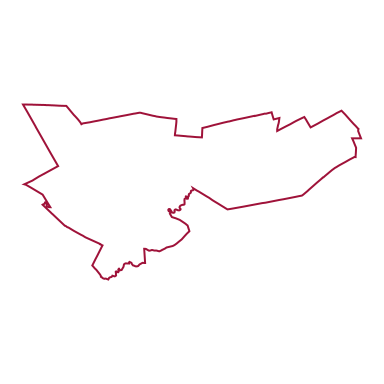 the district of Deta, Timis, Romania
{"feature_id": "2599482B38114576431815", "entity_name": "Deta", "entity_type": "district", "adm_level": 2, "iso_a3": "ROU", "parent_name": "Romania", "parent_adm1": "Timis", "projection": "natural_earth1", "projection_center": [21.242, 45.402], "detail": "fine", "context": "isolated", "style": "outline", "palette": "rose", "viewbox_px": 384, "rotation_deg": 0, "n_neighbors": 0, "source": "geoboundaries", "source_scale": "gbopen_adm2", "svg_char_len": 5959}
<svg xmlns="http://www.w3.org/2000/svg" viewBox="0 0 384 384"><path d="M301.9,195.6L303.3,194.6L307.7,190.9L308.6,190.0L309.4,189.3L311.9,187.1L317.0,182.6L318.9,181.0L321.1,179.1L322.6,177.7L322.7,177.8L323.2,177.3L323.6,177.2L324.7,176.2L330.9,171.0L332.6,169.6L333.1,169.3L334.8,168.0L336.2,167.2L336.3,167.2L337.5,166.4L339.3,165.3L343.5,163.0L345.0,162.2L349.9,159.4L352.8,157.9L354.4,157.0L355.6,157.1L355.6,156.2L355.9,152.1L356.1,148.1L356.1,147.8L355.8,147.0L354.8,144.6L353.6,141.6L352.1,138.3L357.3,138.3L361.0,138.3L359.7,135.0L358.6,132.2L358.3,131.4L358.2,131.2L358.2,130.8L358.2,130.4L358.2,129.7L358.3,129.3L358.5,129.0L357.3,127.8L355.9,126.2L353.6,123.9L350.5,120.5L347.5,117.1L345.3,114.6L341.5,110.7L338.3,112.3L336.8,113.0L335.0,114.1L333.1,115.2L329.9,116.9L327.4,118.3L323.4,120.4L319.9,122.4L317.8,123.6L316.1,124.5L312.7,126.3L311.4,127.0L310.6,127.4L307.2,121.7L306.0,119.6L304.3,117.0L300.9,118.6L296.0,121.0L293.8,122.2L290.1,124.3L285.9,126.4L281.1,128.9L277.2,131.0L277.2,129.2L277.8,126.4L278.0,125.3L278.2,124.7L278.4,124.1L278.8,122.4L279.4,118.0L275.8,118.9L273.7,119.4L272.5,115.5L271.6,112.3L271.3,112.4L269.0,112.9L266.0,113.7L264.3,113.7L263.4,114.0L260.7,114.6L255.7,115.8L254.8,116.0L254.7,115.8L252.2,116.3L251.8,116.4L244.9,117.9L242.0,118.5L237.0,119.5L235.0,120.0L233.5,120.3L232.1,120.7L229.0,121.5L228.5,121.5L226.4,122.0L223.3,122.7L218.6,123.9L216.2,124.5L214.5,124.9L207.5,126.8L204.6,127.5L202.4,128.0L202.2,131.5L202.1,133.9L202.0,135.9L201.9,137.4L196.3,137.1L190.5,136.6L187.3,136.4L185.8,136.2L181.1,135.8L177.8,135.5L174.9,135.3L175.0,133.6L175.3,131.8L176.2,123.9L176.4,121.8L176.4,119.0L174.3,118.8L171.0,118.4L167.3,118.0L164.7,117.6L160.4,117.1L156.3,116.5L155.4,116.2L152.7,115.7L146.9,114.3L142.2,113.2L140.8,112.8L139.5,112.7L134.7,113.6L134.2,113.6L131.7,114.1L126.2,115.2L122.9,115.8L119.7,116.4L118.4,116.7L117.2,116.9L116.2,117.1L113.0,117.7L111.3,118.0L109.6,118.3L109.4,118.3L107.9,118.7L105.5,119.2L103.1,119.6L100.8,120.1L97.9,120.7L94.6,121.3L92.6,121.7L89.8,122.3L88.4,122.5L82.9,123.4L81.4,124.2L80.8,123.1L80.4,122.5L79.5,121.3L77.9,119.3L76.2,117.4L74.8,115.9L73.9,115.0L70.3,110.7L68.1,108.0L67.0,106.7L66.6,106.2L66.3,105.9L61.9,105.8L59.3,105.7L55.6,105.5L54.1,105.4L51.2,105.3L50.0,105.2L46.3,105.1L45.9,105.1L45.7,105.0L40.9,104.9L37.1,104.8L33.1,104.7L32.2,104.6L30.5,104.6L29.3,104.6L29.1,104.6L28.7,104.6L28.4,104.6L26.0,104.5L24.3,104.5L23.0,104.5L23.8,105.9L27.3,111.9L35.8,126.9L35.8,127.1L36.7,128.6L42.1,138.1L48.1,148.7L51.0,153.8L58.1,166.1L45.5,173.0L39.2,176.4L34.3,179.4L32.4,180.6L24.3,184.3L26.0,184.8L30.9,187.6L42.6,194.6L43.1,195.4L49.0,205.1L50.3,207.2L49.6,207.2L48.7,207.1L47.8,206.8L47.4,206.6L47.1,206.4L46.9,206.0L46.7,205.6L46.7,205.4L46.7,205.1L46.7,204.6L46.7,204.1L46.6,203.5L46.3,202.8L45.9,202.4L45.2,202.3L44.9,202.6L44.8,203.0L44.8,203.3L44.6,203.7L44.3,203.9L43.9,204.1L43.6,204.2L42.9,204.5L42.6,204.7L51.2,212.9L51.7,213.5L52.3,213.9L57.8,219.1L64.9,225.8L65.3,225.8L65.9,226.1L67.0,227.0L67.5,227.3L68.1,227.4L68.4,227.5L72.3,229.9L74.3,231.1L81.4,235.0L82.7,235.6L84.9,237.0L85.6,237.4L100.2,244.0L100.1,244.3L102.5,245.4L99.4,251.5L97.5,255.3L95.6,258.9L92.3,265.5L93.3,266.6L94.8,268.4L96.3,269.8L100.1,274.6L100.8,275.8L100.9,276.8L101.5,277.0L102.0,277.4L102.4,277.9L103.4,278.5L104.6,278.8L105.1,278.6L105.6,278.6L106.1,278.7L108.3,279.5L109.2,277.8L109.9,277.4L111.6,276.9L112.2,276.1L112.4,275.7L114.3,276.3L114.9,276.3L115.9,275.7L116.1,275.3L115.9,274.5L115.9,274.0L116.0,273.2L115.8,272.5L115.7,271.8L115.8,271.6L116.2,271.4L116.7,271.6L117.1,271.9L117.6,272.2L118.3,272.2L118.7,271.3L118.7,270.8L118.3,269.9L118.3,269.6L118.5,269.2L118.9,268.7L119.1,268.7L119.6,269.7L120.0,270.3L121.6,270.0L121.9,269.5L123.5,266.8L123.7,265.8L123.9,264.7L124.0,264.4L124.3,264.1L124.7,263.8L125.5,263.4L129.0,263.5L129.0,263.1L129.0,262.5L129.2,262.2L129.5,261.9L131.4,262.8L131.6,263.6L132.9,265.3L133.2,265.5L133.9,265.6L135.4,266.3L136.4,266.4L137.3,266.3L138.2,266.0L139.5,264.5L142.0,263.1L142.6,262.8L144.2,263.0L145.1,263.0L144.2,248.8L144.5,248.8L145.1,248.8L146.1,249.0L146.6,249.3L147.2,249.7L147.9,250.1L148.5,250.4L149.1,250.7L150.4,250.5L151.3,250.2L151.8,250.0L152.2,250.0L154.1,250.5L155.0,250.6L155.9,250.5L156.6,250.6L157.4,250.8L158.3,251.1L159.4,251.3L161.6,250.3L161.9,250.1L162.2,249.8L162.7,249.7L163.0,249.5L164.9,248.6L166.5,247.5L172.7,246.0L173.9,245.4L174.9,244.8L176.7,243.5L178.7,241.8L181.7,239.4L184.7,236.0L185.9,234.7L186.7,233.8L189.4,231.2L187.6,225.5L186.2,224.4L185.7,223.9L183.8,222.6L179.9,220.0L180.0,220.0L175.8,218.3L172.3,217.2L171.8,217.0L170.9,215.4L169.9,213.7L170.4,213.1L169.9,212.0L169.2,211.4L168.8,211.2L168.5,210.7L168.3,210.1L168.3,209.8L168.6,209.3L168.8,209.1L169.3,209.0L169.8,209.1L170.1,209.3L170.8,210.4L171.4,211.3L171.7,212.1L172.4,212.6L173.6,212.8L174.4,212.5L174.7,211.6L174.5,210.8L174.5,210.4L174.6,210.1L175.0,209.7L175.4,209.5L175.7,209.4L176.4,209.6L177.2,210.0L178.1,210.3L179.4,210.3L180.3,209.8L180.6,209.1L179.9,208.2L179.6,207.6L179.5,207.3L179.6,206.9L180.0,206.2L180.4,205.7L180.8,205.5L181.4,205.2L182.0,205.0L182.5,204.8L183.4,204.8L184.3,204.5L184.6,204.0L184.5,203.2L184.6,202.5L184.5,202.0L184.5,200.8L184.4,200.5L184.5,200.1L184.5,199.7L184.5,199.1L184.7,198.8L185.1,198.5L185.6,198.4L186.0,198.3L187.0,198.8L187.9,198.6L188.0,197.9L187.0,197.3L186.3,197.0L185.9,196.8L185.8,196.6L185.9,196.4L186.4,196.5L187.2,196.7L188.2,196.7L188.7,196.2L188.9,195.1L188.8,194.5L188.9,194.2L189.1,193.9L190.1,193.3L190.6,192.9L190.9,192.3L190.9,191.3L191.0,190.9L191.3,190.7L191.8,190.5L192.9,190.3L193.7,189.6L193.4,188.8L193.1,188.2L197.1,190.7L198.5,191.4L206.5,196.3L209.1,197.8L210.1,198.5L211.9,199.8L212.8,200.4L215.9,202.3L217.6,203.3L222.1,206.1L224.4,207.5L225.3,208.1L226.5,208.8L227.5,209.4L231.8,208.7L243.6,206.6L262.2,203.1L265.5,202.7L271.5,201.5L279.1,200.0L283.7,199.2L295.4,196.9L298.7,196.2L301.9,195.6Z" fill="none" stroke="#9f1239" stroke-width="2"/></svg>